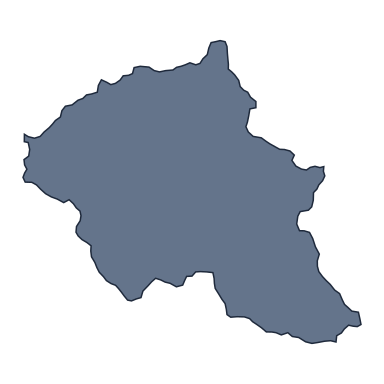 Piracema, Minas Gerais, Brazil (Robinson projection)
{"feature_id": "56859067B5675405143241", "entity_name": "Piracema", "entity_type": "district", "adm_level": 2, "iso_a3": "BRA", "parent_name": "Brazil", "parent_adm1": "Minas Gerais", "projection": "robinson", "projection_center": [-44.418, -20.52], "detail": "fine", "context": "isolated", "style": "filled", "palette": "slate", "viewbox_px": 384, "rotation_deg": 0, "n_neighbors": 0, "source": "geoboundaries", "source_scale": "gbopen_adm2", "svg_char_len": 2578}
<svg xmlns="http://www.w3.org/2000/svg" viewBox="0 0 384 384"><path d="M25.2,182.1L31.8,182.3L36.5,184.9L40.8,189.4L45.6,193.7L51.3,196.9L57.3,199.1L63.7,202.6L69.1,199.7L73.4,203.7L76.3,207.9L80.0,211.1L81.0,215.7L80.2,220.7L76.5,226.5L76.0,232.2L78.2,236.0L82.0,239.6L86.9,242.5L91.1,245.8L90.8,251.0L91.5,256.8L94.9,262.5L96.9,267.6L99.3,272.3L103.5,276.7L106.4,280.6L111.1,283.6L115.6,285.3L118.4,288.4L121.2,291.9L124.3,296.1L127.6,300.1L131.5,300.9L136.4,298.9L141.0,297.6L142.9,291.1L148.0,285.8L151.6,281.8L155.6,278.3L160.7,279.9L165.1,282.1L170.1,283.3L176.4,286.8L182.7,285.1L184.6,280.6L186.6,276.4L192.0,276.1L195.7,271.9L200.3,271.6L206.6,271.9L212.9,272.6L214.1,278.4L214.4,283.4L215.2,288.4L218.8,294.1L221.8,299.1L225.1,303.6L226.3,309.2L227.0,314.6L230.7,317.2L237.2,316.7L244.4,316.9L249.6,318.6L252.6,321.7L256.7,324.4L261.4,327.7L266.3,331.9L271.9,332.0L276.1,332.7L281.3,334.9L287.8,332.7L292.3,336.5L298.7,337.5L305.6,341.8L311.9,343.4L317.8,342.5L324.7,341.2L330.6,340.7L336.0,342.0L336.7,335.7L341.4,333.0L344.3,329.0L348.6,325.2L353.2,326.2L357.3,326.6L361.0,324.5L359.9,318.9L358.4,312.2L351.8,311.1L348.2,307.7L344.5,304.4L342.3,299.9L339.6,293.6L334.7,290.1L330.2,284.4L326.3,280.7L322.5,276.6L318.8,271.6L317.4,266.3L317.3,260.8L319.3,254.1L315.4,246.8L312.7,238.5L309.5,232.4L304.1,230.8L299.5,230.7L296.7,224.0L297.8,216.2L300.2,211.6L304.3,210.9L308.4,210.2L311.7,206.9L313.3,200.2L313.5,192.6L316.9,189.1L318.8,184.9L322.6,180.7L324.8,175.9L323.4,171.3L323.8,166.6L319.9,167.6L315.0,166.3L310.2,167.4L306.5,170.0L301.5,169.1L295.9,166.1L291.9,160.4L294.3,155.1L290.0,151.0L284.4,149.5L279.7,149.3L275.7,147.1L269.8,143.8L265.9,141.2L261.3,137.8L253.1,136.4L248.3,132.0L245.9,126.7L247.4,122.2L248.7,115.9L249.9,108.9L255.9,107.7L255.9,101.5L250.5,97.2L247.7,92.2L243.7,90.2L240.2,86.6L238.7,80.4L234.6,74.8L231.6,71.8L228.3,69.1L228.4,64.3L227.9,59.3L227.4,53.5L227.0,46.5L225.1,41.7L220.1,40.6L215.5,41.7L211.1,42.6L208.8,48.1L207.3,54.6L202.9,58.8L200.0,63.4L195.8,64.8L189.9,62.8L185.3,64.8L181.0,66.3L176.6,67.3L172.9,70.0L165.7,70.6L159.5,71.9L154.2,70.6L149.0,67.1L140.2,66.3L134.1,67.6L132.5,73.6L128.6,75.3L123.2,75.8L120.1,80.1L115.4,83.4L110.8,84.6L106.8,82.3L101.4,79.8L98.4,85.4L97.3,92.2L91.5,94.0L86.5,94.9L82.8,98.5L78.0,100.2L72.1,104.9L65.4,106.2L61.9,110.7L60.4,117.0L55.4,120.5L52.7,123.9L49.3,127.6L44.1,132.0L40.2,136.4L34.5,138.2L28.3,136.7L24.4,134.3L24.3,141.7L28.2,142.5L29.7,149.5L28.7,156.1L24.0,159.6L24.6,164.9L26.9,169.2L24.6,173.1L23.0,177.4L25.2,182.1Z" fill="#64748b" stroke="#1e293b" stroke-width="1.5"/></svg>